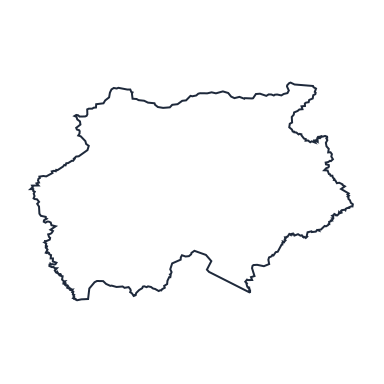 outline of Khlong Lan, Kamphaeng Phet, Thailand, rotated 94°
{"feature_id": "78962969B45862873771637", "entity_name": "Khlong Lan", "entity_type": "district", "adm_level": 2, "iso_a3": "THA", "parent_name": "Thailand", "parent_adm1": "Kamphaeng Phet", "projection": "equal_earth", "projection_center": [99.272, 16.258], "detail": "fine", "context": "isolated", "style": "outline", "palette": "slate", "viewbox_px": 384, "rotation_deg": 94, "n_neighbors": 0, "source": "geoboundaries", "source_scale": "gbopen_adm2", "svg_char_len": 5917}
<svg xmlns="http://www.w3.org/2000/svg" viewBox="0 0 384 384"><g transform="rotate(94 192 192)"><path d="M289.7,271.3L291.3,267.0L291.0,265.6L292.0,260.7L291.1,254.6L292.3,252.6L291.3,248.6L293.3,246.7L294.8,246.2L296.2,246.7L297.3,244.8L299.8,242.9L299.1,241.5L298.7,241.9L298.4,241.0L296.6,240.6L293.4,237.8L291.5,235.0L289.8,234.4L289.4,233.1L290.1,230.6L289.2,229.3L289.6,226.3L291.0,224.1L291.3,222.1L293.1,218.3L292.2,216.8L292.3,215.7L291.1,215.1L289.4,212.5L287.6,213.2L285.6,210.4L282.3,210.3L278.5,208.8L278.5,207.7L276.8,207.5L275.8,208.2L275.4,207.4L273.3,206.8L270.6,208.3L264.6,206.8L260.3,198.6L258.0,198.6L255.8,197.6L256.8,193.9L256.2,190.6L254.2,188.5L252.8,188.3L250.5,185.5L253.8,173.7L259.6,167.9L268.4,171.7L270.5,169.5L288.1,127.7L287.8,127.1L286.0,127.2L285.7,128.1L284.4,128.0L283.8,129.0L283.2,128.6L282.7,130.2L279.7,131.3L279.3,130.9L277.8,132.6L275.6,131.0L276.0,130.4L275.6,125.9L272.8,127.2L271.5,123.8L263.8,126.8L261.5,126.5L260.6,125.6L260.1,122.0L261.0,115.1L258.5,110.0L254.3,111.1L251.9,110.6L250.6,108.1L249.2,107.4L249.6,106.3L246.2,104.3L245.6,102.3L238.3,99.0L238.1,98.2L236.3,98.3L235.9,97.0L235.0,97.6L235.1,96.5L233.7,95.3L232.7,96.2L231.8,95.6L230.8,96.0L230.8,94.8L230.1,94.6L230.0,93.6L227.1,92.0L227.9,90.6L227.1,90.6L226.5,88.6L227.4,88.6L227.1,87.5L228.3,86.8L226.7,83.3L228.0,80.8L227.5,79.4L229.0,78.3L228.8,77.6L229.5,77.2L229.1,76.3L229.9,75.3L228.4,73.9L227.9,74.5L224.1,73.9L222.9,70.1L223.6,69.7L222.9,65.7L221.2,64.6L221.6,63.0L221.0,63.5L220.5,60.8L216.6,57.3L216.9,56.0L215.7,54.1L214.6,53.6L214.5,52.8L212.2,53.1L211.5,51.5L210.8,51.5L210.7,50.2L210.1,50.5L208.9,49.5L208.4,50.2L208.1,49.3L206.7,49.4L205.9,50.5L205.0,49.0L204.0,48.5L204.7,46.9L205.2,46.9L205.3,45.6L203.9,44.2L201.9,43.9L202.8,43.1L202.6,42.3L201.9,42.4L201.9,41.4L200.3,41.9L199.7,41.3L199.0,38.4L199.5,37.7L198.0,37.4L197.2,36.1L196.9,34.2L196.4,34.4L195.2,32.1L195.2,30.9L193.0,30.7L191.7,32.8L189.3,33.8L187.9,35.5L186.5,35.5L185.8,36.4L184.7,35.2L183.7,36.7L182.5,35.6L178.6,43.5L175.7,39.9L174.5,42.3L173.8,42.5L172.5,45.8L173.1,48.1L170.3,49.9L170.1,51.3L168.9,51.0L167.8,52.5L166.0,53.1L166.1,54.9L164.7,55.5L164.5,56.7L161.1,58.2L161.1,61.6L158.9,59.8L157.9,57.6L156.9,57.2L155.5,57.5L155.1,60.3L153.3,60.7L152.6,58.2L151.3,56.6L151.5,55.6L149.5,53.7L146.9,55.5L144.5,55.1L142.7,56.6L143.0,58.9L139.4,58.6L137.1,61.0L133.6,61.9L130.8,60.6L129.1,61.7L128.5,60.9L127.4,61.1L126.8,63.2L127.7,65.6L127.2,66.7L127.6,67.6L128.3,67.1L129.4,68.1L129.2,68.9L128.1,69.2L128.2,70.1L128.7,70.4L129.4,69.4L129.9,70.6L131.1,70.4L130.6,71.0L131.6,71.9L133.0,70.9L132.0,73.8L132.8,74.1L134.0,73.0L133.1,76.1L134.1,77.5L132.5,79.9L132.9,82.3L131.3,82.2L130.9,84.0L127.8,86.8L126.8,86.9L126.5,88.7L127.1,89.7L125.4,92.0L125.3,94.2L124.7,94.3L124.6,95.8L122.7,96.7L120.7,99.5L117.1,99.2L115.7,97.0L110.2,97.7L107.8,95.9L105.5,95.7L103.8,92.3L102.2,90.7L101.7,87.6L98.9,88.7L98.3,85.3L95.8,85.6L94.9,84.5L94.3,81.9L92.0,81.5L90.3,78.1L87.0,77.8L85.8,75.8L84.3,75.6L83.6,76.5L80.2,75.5L79.0,78.1L77.8,78.7L77.6,97.2L76.0,101.3L76.6,102.6L78.9,104.5L80.1,104.6L84.0,102.5L86.7,103.7L87.8,107.3L89.4,109.6L88.8,113.9L89.2,116.2L90.0,117.1L89.2,119.7L89.3,122.3L90.9,124.6L89.2,131.0L89.8,135.1L94.2,137.6L94.5,138.6L94.7,145.9L95.3,146.3L93.8,151.3L95.4,156.2L94.1,159.6L90.7,162.8L89.5,168.2L91.9,175.0L91.2,179.4L92.5,183.6L92.9,190.8L93.5,192.6L95.4,194.5L96.5,198.3L96.2,200.2L101.0,204.3L101.7,208.1L105.4,212.5L106.4,217.8L109.1,220.0L110.1,226.7L109.6,232.0L107.6,234.9L106.1,235.6L105.9,242.2L104.3,246.1L104.1,251.7L103.1,253.8L103.1,257.8L98.0,258.8L96.8,258.3L96.5,259.5L94.1,260.7L94.3,263.7L93.2,272.7L94.0,274.3L93.7,277.3L95.3,279.5L98.6,280.8L103.4,281.3L106.7,285.0L109.7,286.5L111.1,293.7L114.4,293.7L114.8,296.0L115.8,297.3L116.1,300.8L116.9,302.3L121.9,301.8L123.4,302.5L124.1,303.9L124.6,309.4L123.4,311.0L123.2,312.8L124.4,314.5L125.1,312.5L127.6,311.5L129.4,308.7L132.5,308.0L136.1,312.0L137.7,311.2L138.3,308.8L139.2,308.3L141.6,308.3L143.6,309.4L144.2,306.9L148.7,301.9L151.4,301.0L153.2,298.2L157.5,299.2L164.3,307.5L164.7,310.0L166.8,312.0L167.1,311.4L169.2,312.8L169.2,314.0L171.8,317.6L172.1,319.4L174.2,320.0L173.9,321.3L175.6,322.4L179.6,327.7L179.4,329.0L180.8,329.3L180.5,331.2L181.2,333.3L182.8,332.5L186.6,338.5L186.4,341.4L187.3,345.3L188.7,344.8L189.6,346.1L191.4,346.4L193.3,345.3L194.2,347.6L196.2,345.6L196.8,352.0L198.2,351.2L200.4,353.3L200.2,350.6L202.0,350.5L202.7,348.9L204.7,349.8L207.0,348.8L209.4,349.6L210.0,348.5L210.1,346.1L212.5,343.9L214.6,345.6L217.2,343.6L224.3,342.7L226.3,341.1L227.0,336.2L228.3,336.1L228.8,335.1L230.6,337.7L232.0,337.8L232.8,336.0L231.6,334.3L231.5,332.9L232.3,330.8L234.9,329.9L235.7,325.6L239.5,330.5L240.6,328.0L242.3,328.9L243.5,330.1L244.3,332.5L246.8,331.5L247.7,330.3L249.4,330.6L251.2,334.0L251.2,335.1L252.3,334.9L252.6,335.6L253.6,333.8L255.7,334.1L256.3,332.8L256.9,333.0L257.0,334.0L257.7,334.0L259.5,332.1L262.8,333.6L263.1,332.4L262.3,331.3L262.9,330.3L264.0,330.1L264.8,328.2L268.1,328.4L268.0,326.1L271.0,326.0L272.0,322.3L273.6,323.2L274.0,324.3L273.7,326.3L274.1,327.1L273.4,328.2L274.0,328.2L274.3,329.1L275.8,329.1L276.7,326.5L276.5,324.8L277.6,323.7L277.5,321.5L279.8,323.4L281.7,322.1L282.2,320.9L281.3,320.7L283.2,319.3L283.1,317.9L284.4,318.3L284.7,317.5L284.2,316.7L285.0,316.2L285.1,315.2L288.4,315.5L290.1,313.7L289.9,312.4L290.9,313.2L290.7,311.7L291.6,313.7L292.4,313.7L292.0,311.7L292.6,311.6L292.9,312.5L293.5,312.2L293.6,311.3L294.2,311.0L293.8,309.7L294.6,309.0L296.2,309.8L297.0,307.8L296.5,307.5L297.1,307.1L296.8,306.5L297.4,305.7L297.9,306.0L297.7,304.6L298.3,305.1L298.3,304.3L299.5,304.4L299.7,303.8L300.4,304.4L300.9,303.5L302.4,303.7L302.9,302.4L304.0,303.0L304.8,302.2L306.1,303.1L306.2,302.1L306.8,302.1L306.8,300.7L307.4,300.6L308.0,299.1L306.8,294.9L306.0,288.2L295.4,287.7L288.8,282.9L287.4,280.6L287.1,274.4L289.7,271.3Z" fill="none" stroke="#1e293b" stroke-width="2"/></g></svg>